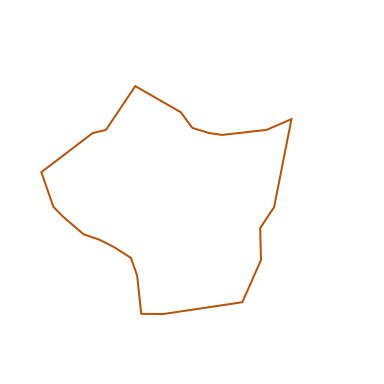 map outline of Murska Sobota (Mercator projection), rotated 326°
{"feature_id": "SVN-1045", "entity_name": "Murska Sobota", "entity_type": "Statistical Region", "adm_level": 1, "iso_a3": "SVN", "parent_name": "Slovenia", "parent_adm1": "", "projection": "mercator", "projection_center": [16.156, 46.652], "detail": "fine", "context": "isolated", "style": "outline", "palette": "amber", "viewbox_px": 384, "rotation_deg": 326, "n_neighbors": 0, "source": "natural_earth", "source_scale": "10m", "svg_char_len": 440}
<svg xmlns="http://www.w3.org/2000/svg" viewBox="0 0 384 384"><g transform="rotate(326 192 192)"><path d="M155.4,92.4L204.2,72.5L227.3,119.7L228.1,139.0L239.0,152.5L248.7,161.4L288.6,182.2L315.2,187.2L251.7,250.4L228.4,260.0L211.1,287.0L172.1,311.5L99.8,277.0L81.8,264.6L99.8,230.6L104.5,212.5L96.8,194.6L88.5,179.7L78.5,166.5L71.3,140.3L68.8,126.7L78.2,91.3L142.6,87.6L155.4,92.4Z" fill="none" stroke="#b45309" stroke-width="2"/></g></svg>